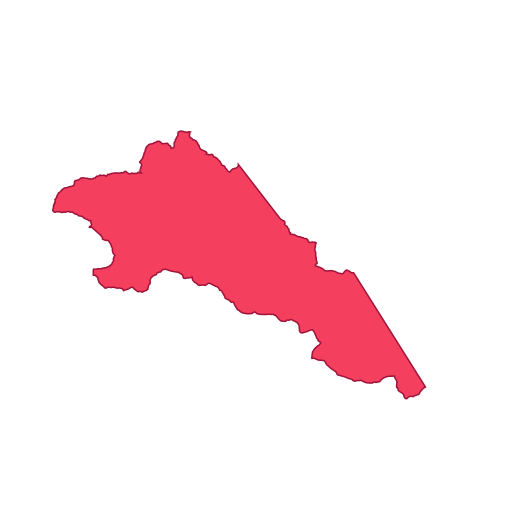 Bongara, Amazonas, Peru (Robinson projection), rotated 113°
{"feature_id": "86281439B83606143553342", "entity_name": "Bongara", "entity_type": "district", "adm_level": 2, "iso_a3": "PER", "parent_name": "Peru", "parent_adm1": "Amazonas", "projection": "robinson", "projection_center": [-77.909, -5.632], "detail": "fine", "context": "isolated", "style": "filled", "palette": "rose", "viewbox_px": 512, "rotation_deg": 113, "n_neighbors": 0, "source": "geoboundaries", "source_scale": "gbopen_adm2", "svg_char_len": 6138}
<svg xmlns="http://www.w3.org/2000/svg" viewBox="0 0 512 512"><g transform="rotate(113 256 256)"><path d="M328.4,164.3L327.8,163.7L327.4,162.5L327.5,158.2L325.9,153.4L325.8,152.3L325.9,151.7L328.3,148.7L330.4,142.6L331.3,137.4L333.4,134.8L333.5,134.1L332.6,127.5L332.5,122.6L332.0,119.2L332.6,118.6L332.8,116.5L332.4,115.7L331.2,114.4L330.1,111.8L329.6,111.4L329.5,109.2L329.7,106.5L329.5,104.8L328.3,101.1L327.3,99.1L325.8,98.0L325.5,96.1L323.4,93.1L321.1,92.4L318.5,91.0L315.9,88.5L315.2,87.4L312.4,81.6L313.6,80.8L315.9,77.8L316.9,77.0L320.6,75.9L322.0,75.1L322.6,73.2L323.9,72.9L324.6,71.3L325.2,67.4L325.7,66.2L327.8,64.5L328.8,63.0L328.7,62.0L328.4,61.5L326.1,60.4L325.2,59.5L324.5,58.5L324.2,56.9L323.9,56.2L322.8,55.6L319.6,52.0L316.9,51.8L312.4,50.3L310.4,48.8L233.3,159.6L234.1,161.3L233.4,164.8L233.5,167.0L233.6,167.3L235.6,168.4L237.8,168.9L238.4,169.3L238.8,170.2L239.6,173.8L239.3,177.7L239.8,179.3L239.8,180.1L240.1,181.2L242.4,185.5L242.5,187.2L241.6,190.0L241.5,192.2L241.8,197.5L240.9,197.9L240.0,197.6L239.2,196.9L238.5,196.9L236.2,198.9L233.8,200.0L233.4,200.7L229.7,202.3L228.5,203.2L227.9,203.9L226.4,204.7L224.8,204.8L221.8,205.8L220.8,205.6L220.3,206.0L220.3,207.3L221.0,208.8L221.1,209.8L222.3,211.1L222.6,212.0L222.6,212.8L222.0,213.2L221.7,214.3L220.7,214.8L220.4,216.7L221.0,218.2L220.7,220.1L221.2,221.3L221.0,223.1L221.5,223.8L221.7,224.8L221.4,229.4L221.9,229.9L221.7,231.0L222.6,232.8L222.0,233.3L221.2,233.3L221.0,234.2L220.2,235.3L218.5,236.1L217.6,238.0L216.7,238.8L216.3,241.1L215.6,242.0L214.3,242.2L213.0,243.2L212.7,244.2L213.0,245.4L212.5,246.6L212.5,247.6L212.2,248.3L178.6,308.1L179.8,307.6L180.8,307.5L182.6,308.4L184.9,311.4L186.6,312.3L189.0,312.9L188.9,315.2L187.5,317.1L186.9,318.7L185.6,320.0L185.6,323.1L184.9,323.7L184.7,324.3L183.6,325.4L182.7,326.7L182.7,327.3L181.5,329.6L181.0,331.8L181.0,332.6L181.4,333.4L180.0,335.2L179.6,336.1L179.8,336.8L181.2,338.3L181.1,339.1L181.5,339.6L181.2,340.3L181.8,341.5L181.1,341.9L180.0,341.8L179.5,343.1L179.5,347.5L179.1,349.1L178.5,350.0L176.5,351.7L175.5,353.5L174.5,354.3L174.4,354.9L173.6,356.0L173.3,357.4L173.5,359.8L172.9,360.9L172.2,363.7L171.1,364.4L169.3,364.7L168.8,365.4L168.4,365.5L167.5,365.0L167.7,366.2L168.9,367.1L168.9,367.9L169.7,370.0L169.7,371.4L170.4,374.1L172.1,375.8L173.3,376.0L175.4,374.9L178.4,375.5L179.6,375.3L180.4,375.7L181.5,375.1L182.7,375.5L184.3,375.5L187.0,374.1L188.4,374.1L189.0,374.4L189.3,375.4L189.8,375.9L189.8,376.5L189.0,376.8L188.4,377.4L188.0,378.3L188.1,379.4L186.8,381.4L189.4,386.4L188.7,387.5L188.2,389.9L189.0,391.7L190.4,392.6L191.3,393.8L193.0,395.0L194.6,397.5L196.0,398.5L198.6,399.5L201.5,399.4L203.4,398.9L204.8,399.2L207.0,398.8L210.6,398.6L215.0,399.8L215.4,399.6L215.5,398.3L215.9,397.6L217.1,396.7L218.3,396.8L221.7,396.2L222.9,396.2L224.1,395.3L224.4,394.3L225.0,395.9L224.9,397.1L226.6,398.0L226.9,398.5L227.2,399.8L228.0,400.5L228.0,402.5L229.5,404.0L230.0,405.1L230.0,405.8L229.5,406.6L229.6,407.6L229.0,408.8L229.1,409.5L229.7,410.2L230.4,410.2L231.4,410.6L231.7,412.3L232.8,413.6L234.6,418.2L236.7,421.6L237.3,421.9L237.8,422.8L238.4,423.0L238.8,424.4L241.0,424.9L240.9,427.1L241.4,428.3L242.3,429.5L242.2,430.7L242.6,431.3L244.3,432.6L244.6,433.5L245.2,434.1L246.5,434.3L247.1,434.6L247.6,435.6L249.4,437.3L250.3,440.3L250.5,442.0L251.0,443.0L251.4,445.1L252.4,447.5L253.3,447.8L255.4,449.3L256.1,450.3L257.0,450.9L257.1,451.9L258.8,452.1L260.3,451.4L262.4,451.5L263.4,452.3L265.4,455.2L267.3,457.0L267.6,458.1L268.4,459.0L269.1,459.6L270.2,459.9L270.7,460.6L271.3,460.6L274.1,461.6L275.1,462.4L278.9,462.7L279.7,462.2L280.2,462.5L281.5,462.7L282.5,463.2L283.2,462.5L285.6,462.2L285.9,461.6L286.4,462.0L287.0,461.9L287.4,462.2L288.0,461.9L289.0,462.1L289.4,461.7L290.2,461.7L290.7,461.3L293.1,461.1L294.3,459.8L294.3,458.0L293.4,457.2L291.9,453.7L292.0,452.5L291.7,451.5L290.9,450.3L290.0,448.3L288.5,446.7L288.2,445.9L288.3,444.0L287.4,442.6L287.5,441.0L288.0,439.3L287.7,436.6L288.3,434.8L287.8,433.4L287.7,432.1L287.4,431.0L288.4,429.0L288.3,425.4L288.8,423.4L288.0,422.2L288.6,421.6L289.7,421.2L290.5,420.2L291.5,419.5L292.8,419.8L293.9,420.7L294.7,420.6L293.8,418.3L297.6,407.1L299.0,404.6L300.4,404.0L300.5,401.6L299.6,398.3L300.0,397.1L301.3,395.1L305.3,391.0L306.9,390.5L309.3,388.6L310.3,386.9L310.5,386.1L313.0,386.4L315.0,386.0L316.2,385.1L317.8,385.6L320.0,385.6L323.4,387.5L324.2,388.6L325.7,389.6L326.2,391.1L328.7,394.3L329.4,396.5L330.6,397.9L331.5,400.3L332.6,400.3L337.3,398.2L336.6,396.6L337.5,393.7L341.6,390.3L342.9,387.4L343.5,385.0L344.5,382.6L344.3,381.7L342.4,379.8L342.0,379.0L341.7,377.1L340.7,375.7L340.4,374.8L339.8,371.0L338.8,369.2L338.3,366.1L339.3,364.9L339.6,364.2L338.7,363.6L337.0,361.4L333.1,358.1L333.0,357.5L334.1,354.6L335.0,350.7L333.8,348.7L333.7,346.4L332.6,345.7L330.4,343.4L328.8,342.6L325.2,343.4L322.4,342.7L319.8,343.9L317.3,344.2L314.2,342.7L312.1,340.5L310.0,340.5L309.5,339.5L308.7,339.0L308.0,337.6L305.5,336.8L304.7,336.2L303.5,334.1L303.1,328.4L301.7,322.3L301.2,321.0L301.6,320.0L301.9,317.1L302.3,316.0L304.5,314.3L304.7,313.6L304.3,312.4L303.3,311.1L301.7,308.0L300.9,307.4L300.4,306.5L302.3,305.5L303.2,304.4L304.3,301.9L304.2,300.3L305.2,298.3L305.2,296.7L303.5,293.7L302.8,291.0L301.5,290.4L299.4,288.8L299.2,285.7L299.5,284.6L299.5,282.9L299.7,281.0L299.4,280.1L299.9,278.2L301.8,275.8L301.4,274.8L301.6,273.7L302.3,273.2L305.3,269.2L306.7,268.0L307.0,267.3L307.2,263.4L308.3,260.7L307.4,259.5L307.7,258.4L310.0,255.8L312.7,252.0L312.7,250.4L313.4,248.7L313.6,246.7L313.4,244.9L312.6,241.5L310.7,237.5L308.0,235.4L308.1,234.2L308.7,232.5L308.2,229.6L306.0,224.0L304.6,221.5L303.9,219.2L302.9,217.5L303.3,216.0L303.0,214.7L305.3,210.1L306.0,207.9L306.0,207.1L305.4,205.9L305.2,204.6L304.7,203.5L304.3,203.1L302.8,202.4L302.2,200.4L300.9,199.3L300.7,198.7L301.1,192.2L303.0,189.2L307.9,186.7L308.6,186.0L309.1,184.6L309.0,183.9L308.4,182.9L305.2,179.0L303.7,177.8L301.9,175.5L302.1,174.6L303.3,172.6L308.1,167.7L308.6,166.3L309.6,165.9L309.8,165.4L310.3,162.9L310.5,162.6L311.2,162.4L313.7,163.3L314.5,164.1L318.4,165.8L322.3,166.5L328.2,164.8L328.4,164.3Z" fill="#f43f5e" stroke="#9f1239" stroke-width="1.5"/></g></svg>